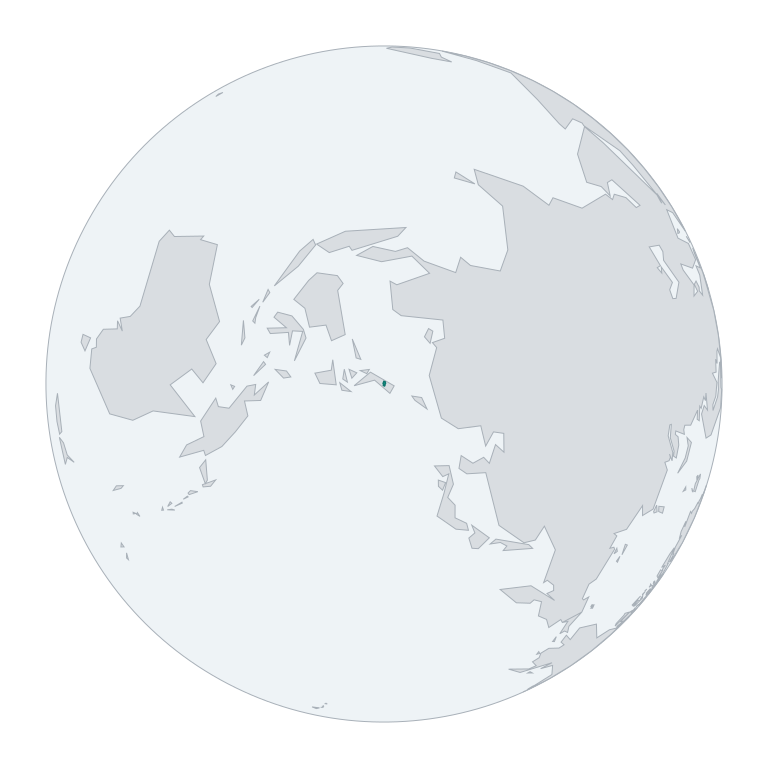 the Earth from above Ifugao, rotated 119°
{"feature_id": "PHL-2551", "entity_name": "Ifugao", "entity_type": "Province", "adm_level": 1, "iso_a3": "PHL", "parent_name": "Philippines", "parent_adm1": "", "projection": "orthographic", "projection_center": [121.298, 16.844], "detail": "fine", "context": "on_globe", "style": "filled", "palette": "teal", "viewbox_px": 768, "rotation_deg": 119, "n_neighbors": 0, "source": "natural_earth", "source_scale": "10m", "svg_char_len": 10544}
<svg xmlns="http://www.w3.org/2000/svg" viewBox="0 0 768 768"><g transform="rotate(119 384 384)"><circle cx="384" cy="384" r="338" fill="#eef3f6" stroke="#a8b0b8"/><path d="M661.5,522.4L661.1,524.5L660.8,524.9L661.5,522.4ZM582.7,110.7L582.9,110.8L556.7,96.3L548.4,100.1L557.0,109.0L546.3,101.9L570.3,125.1L573.0,136.8L563.0,119.2L556.6,114.3L555.0,119.4L548.1,115.6L543.4,116.3L535.3,111.7L530.1,102.9L524.8,100.1L523.9,104.0L515.3,102.7L517.3,97.2L502.5,94.6L491.0,81.8L502.9,74.8L489.7,67.7L483.8,61.3L477.5,59.6L471.2,57.5L468.8,56.9L493.0,64.2L516.7,73.2L539.6,84.0L561.7,96.6L582.7,110.7ZM454.3,53.5L454.5,53.6L450.6,52.9L445.0,51.8L446.1,51.8L454.3,53.5ZM701.3,290.4L698.5,283.4L700.7,285.8L701.3,290.4ZM696.4,280.6L697.5,282.7L696.6,281.2L696.4,280.6ZM695.5,280.5L696.2,280.6L695.7,281.3L695.5,280.5ZM694.6,281.4L695.0,280.6L695.0,281.0L694.6,281.4ZM692.1,280.4L691.3,280.0L691.4,278.5L692.1,280.4ZM585.9,113.0L584.4,111.9L583.6,111.4L585.9,113.0ZM576.1,107.4L573.4,105.2L581.6,110.4L580.6,110.0L576.1,107.4ZM564.8,116.8L564.8,114.1L567.1,118.2L564.8,116.8ZM544.2,117.2L546.3,119.4L543.0,118.9L544.2,117.2ZM527.5,111.7L521.4,110.8L526.7,110.1L527.5,111.7ZM517.2,109.2L502.5,108.1L506.1,112.4L487.6,100.4L506.3,104.8L512.3,103.0L512.5,106.3L517.2,109.2ZM457.0,54.1L462.2,55.3L457.0,54.1L456.5,53.9L457.0,54.1ZM461.7,55.3L484.8,62.3L482.9,62.7L475.5,59.9L477.2,62.0L464.9,58.7L461.2,56.8L464.9,57.0L457.4,55.7L461.7,55.3ZM479.8,94.4L475.5,93.2L479.0,92.9L479.8,94.4ZM449.5,52.7L454.3,53.8L453.0,54.1L443.1,52.1L446.7,52.6L449.5,52.7ZM483.7,64.5L481.0,64.8L470.2,62.1L467.7,62.0L464.4,58.7L483.7,64.5ZM444.1,52.0L438.0,51.2L433.5,50.2L444.7,51.8L444.1,52.0ZM456.9,55.2L455.8,55.4L453.1,54.5L456.9,55.2ZM414.1,47.4L419.9,48.0L419.7,48.1L414.1,47.4ZM436.1,51.0L437.7,51.4L438.2,51.7L433.4,51.1L436.1,51.0ZM457.1,57.3L453.2,56.3L457.9,58.4L450.0,57.0L449.3,55.2L446.3,55.4L443.9,55.0L446.0,54.2L457.1,57.3ZM430.3,51.5L426.6,49.8L415.8,48.2L415.7,48.0L433.1,50.5L430.3,51.5ZM439.3,53.1L433.7,51.9L436.4,51.8L441.9,52.5L439.3,53.1ZM445.0,56.8L457.2,59.4L457.0,59.8L445.0,56.8ZM426.6,51.0L427.6,51.5L425.5,50.9L426.6,51.0ZM438.7,54.9L443.1,55.6L442.7,56.0L438.7,54.9ZM425.9,52.2L424.7,51.4L428.4,51.7L425.9,52.2ZM431.3,53.4L429.7,53.8L430.4,52.3L433.3,53.6L431.3,53.4ZM437.6,55.1L438.8,55.6L435.9,54.8L437.6,55.1ZM412.5,52.0L412.5,50.0L420.7,50.5L419.6,52.1L412.5,52.0ZM101.8,198.1L104.2,194.7L94.2,214.6L94.5,221.2L113.9,197.6L113.5,185.9L124.2,171.7L133.1,170.3L135.1,182.6L139.3,177.6L147.1,160.8L156.8,155.5L150.9,154.6L146.4,160.9L142.7,161.0L146.5,155.4L149.7,153.4L151.8,148.4L135.7,160.6L129.4,168.4L129.1,163.7L118.6,176.6L115.3,180.0L131.6,159.6L137.1,153.9L159.6,131.4L179.3,115.2L200.2,100.5L199.3,101.0L214.8,91.9L215.2,92.0L206.0,97.1L197.8,102.3L191.5,109.4L194.0,108.7L204.6,102.6L201.5,106.0L212.6,99.3L215.3,102.0L221.2,93.6L233.8,87.9L242.5,86.4L247.7,83.4L233.5,86.0L226.9,88.7L219.5,93.1L202.3,101.0L201.7,100.4L223.7,87.6L225.2,85.9L241.7,78.1L270.0,73.3L275.2,76.1L256.3,91.7L247.6,93.5L250.0,88.4L235.8,98.0L242.7,94.8L240.2,98.1L251.5,94.8L250.3,97.1L263.3,90.5L263.0,93.0L254.8,97.1L271.3,95.8L274.2,100.9L278.6,99.7L282.4,96.9L283.6,106.0L286.8,104.8L287.6,101.2L294.5,96.6L307.0,92.5L306.7,95.8L302.1,97.7L292.1,107.6L280.0,113.1L281.2,114.2L291.6,110.3L303.9,98.2L311.5,94.8L306.9,100.3L309.2,98.0L312.9,97.5L316.3,100.4L321.9,94.5L363.0,88.0L373.7,94.1L365.0,98.9L393.5,101.4L403.3,110.3L404.0,106.7L418.2,106.8L415.3,103.8L416.7,102.2L451.7,103.8L459.7,107.7L475.6,106.4L476.1,104.8L471.0,101.7L487.6,100.4L506.1,112.4L504.3,115.2L517.1,121.8L511.1,127.7L512.0,136.5L498.0,140.7L500.0,148.1L504.9,149.9L511.2,162.2L507.4,182.8L489.2,157.6L490.6,129.9L488.2,139.9L482.4,135.5L477.7,138.1L476.5,146.0L480.3,148.1L446.0,153.7L430.6,174.8L447.1,176.0L455.0,184.6L451.9,214.9L412.2,252.0L422.4,268.0L421.5,277.5L409.2,281.8L410.2,267.8L399.8,261.3L402.3,253.4L382.9,257.1L385.5,246.0L369.1,255.3L372.8,265.0L389.0,265.0L373.6,279.1L387.1,297.4L386.0,317.3L354.6,348.6L326.6,355.6L324.3,361.7L314.6,353.1L299.5,363.5L315.9,402.1L314.6,412.4L291.1,428.6L291.0,420.9L265.1,397.8L258.6,421.6L278.2,445.4L284.8,470.3L269.1,460.4L262.5,438.3L253.4,429.5L257.1,408.5L251.8,375.3L236.0,378.4L238.4,365.8L228.8,337.1L206.7,340.7L170.9,366.5L164.0,398.1L152.5,409.2L143.5,358.2L147.7,326.4L139.2,326.5L134.2,296.0L110.6,282.3L111.9,273.5L106.4,274.6L103.7,262.8L107.4,248.9L103.6,246.7L94.9,283.7L99.5,286.3L109.8,277.4L106.0,289.7L109.3,304.5L89.1,326.2L61.7,333.4L66.8,309.1L86.3,236.9L90.1,230.9L90.5,230.1L91.2,228.7L85.0,237.9L91.0,224.7L72.2,271.7L65.6,290.8L61.2,334.5L59.7,337.2L60.6,347.6L73.1,349.1L71.4,356.8L60.8,387.8L50.4,423.8L56.3,459.8L63.1,488.1L64.7,494.6L57.7,471.9L52.3,448.7L48.6,425.2L46.5,401.5L46.1,377.7L47.4,353.9L50.4,330.3L55.0,306.9L61.2,283.9L69.1,261.5L78.5,239.6L89.4,218.5L101.8,198.1ZM144.3,145.8L132.2,158.8L134.9,155.6L132.9,157.9L144.3,145.8ZM129.2,210.6L135.5,218.5L146.5,199.6L149.8,201.4L152.3,194.8L147.2,198.3L155.3,181.0L163.1,179.8L169.3,172.8L167.5,170.0L152.0,175.4L140.3,199.4L133.0,204.3L129.2,210.6ZM440.2,50.8L437.9,50.5L431.5,49.7L427.0,49.1L430.2,49.3L421.9,48.4L423.1,48.3L416.8,47.7L415.0,47.5L440.2,50.8ZM322.3,51.8L315.9,53.0L317.8,52.6L322.3,51.8ZM378.2,46.1L383.8,46.4L397.9,46.9L400.7,47.4L394.4,47.2L401.6,48.0L391.6,48.2L393.4,48.8L385.3,50.1L372.0,50.2L375.0,51.0L369.0,52.6L357.7,53.4L363.3,51.7L346.9,54.1L348.0,52.3L346.0,52.7L342.5,51.9L334.9,52.0L336.9,51.3L333.1,51.7L330.7,51.6L326.0,52.1L328.1,51.2L322.6,52.0L326.8,51.2L316.7,52.9L325.1,51.3L322.9,51.6L350.5,47.7L378.2,46.1ZM409.9,52.2L393.7,51.6L386.4,50.7L403.6,48.9L403.3,48.4L414.1,48.2L424.5,49.9L420.4,49.6L418.9,49.9L416.3,49.3L417.3,50.0L411.8,49.9L411.1,50.6L406.0,50.1L409.9,52.2ZM205.9,97.4L205.8,97.8L203.1,99.5L200.1,101.1L205.9,97.4ZM309.2,63.6L313.6,61.9L315.2,62.0L327.3,59.6L327.4,61.3L320.2,63.4L309.2,63.6ZM109.9,199.9L105.9,202.8L107.6,199.4L108.6,199.0L109.9,199.9ZM112.0,184.7L108.3,191.3L110.7,186.4L112.0,184.7ZM311.4,65.1L316.4,63.7L313.4,65.5L311.4,65.1ZM328.2,62.5L325.8,64.3L328.8,61.2L328.2,62.5ZM207.1,666.2L214.1,670.5L210.7,669.4L207.1,666.2ZM76.0,500.0L89.2,544.6L85.3,540.2L77.6,524.3L68.0,495.7L70.3,492.3L69.5,480.9L76.0,500.0ZM370.4,534.2L381.0,536.4L380.6,537.8L370.4,534.2ZM359.4,528.2L371.3,529.7L357.5,531.2L359.4,528.2ZM376.0,530.3L388.1,528.4L393.4,526.4L392.5,529.4L376.0,530.3ZM351.4,527.5L308.6,522.2L291.9,516.1L295.6,511.2L322.6,516.1L351.4,527.5ZM294.3,510.8L269.1,491.8L236.5,440.7L248.1,443.6L282.6,476.8L280.4,481.2L295.6,495.6L294.3,510.8ZM356.1,489.9L353.7,503.9L329.9,500.1L319.2,496.5L311.8,477.3L315.9,468.5L324.6,469.9L359.6,441.9L371.6,450.9L360.6,463.3L370.4,476.7L356.1,489.9ZM164.9,401.5L169.7,422.4L163.7,423.9L164.9,401.5ZM374.7,421.0L360.0,433.6L373.7,416.2L374.7,421.0ZM383.3,404.1L383.8,411.3L378.4,403.9L383.3,404.1ZM323.1,371.5L313.9,371.9L314.1,366.9L326.1,363.4L323.1,371.5ZM385.0,334.3L383.3,349.0L381.0,353.8L377.6,344.5L385.0,334.3ZM319.7,83.9L302.7,84.7L290.6,87.9L283.9,93.0L286.1,86.8L304.7,81.9L319.7,83.9ZM357.7,86.8L363.4,83.2L365.9,85.3L364.9,86.3L357.7,86.8ZM357.7,84.3L355.6,79.4L362.0,77.8L362.4,81.9L357.7,84.3ZM332.8,70.3L327.7,70.2L330.3,68.7L332.8,70.3ZM581.8,642.7L585.1,643.4L575.4,651.8L562.3,660.7L550.4,665.1L581.8,642.7ZM486.5,671.3L485.9,663.0L500.0,661.6L494.3,669.2L486.5,671.3ZM590.9,635.7L599.6,626.7L602.7,617.0L601.8,625.4L608.8,623.7L588.0,642.1L590.9,635.7ZM434.2,635.2L368.2,649.8L353.5,646.3L356.6,638.8L342.0,613.4L346.7,614.4L342.9,597.3L381.5,585.1L409.1,558.1L431.3,561.1L447.6,540.7L470.7,542.9L464.1,559.4L488.4,570.6L504.2,533.6L519.5,572.9L537.5,586.1L543.1,609.4L512.9,648.8L495.0,656.6L491.3,653.4L484.0,657.3L472.2,656.0L465.1,644.0L457.9,647.7L464.6,638.5L454.3,646.7L447.9,638.7L434.2,635.2ZM599.3,562.7L602.8,563.4L608.4,569.2L602.8,568.7L599.3,562.7ZM652.5,532.4L654.1,535.1L650.4,536.7L652.5,532.4ZM660.8,524.9L656.5,527.3L661.5,522.4L660.8,524.9ZM617.5,538.1L619.2,540.3L617.8,541.3L617.5,538.1ZM616.0,537.4L618.1,533.3L617.9,537.2L616.0,537.4ZM599.1,518.0L601.2,515.7L602.2,517.2L599.1,518.0ZM396.5,537.8L411.1,528.0L419.2,527.6L396.5,537.8ZM596.0,513.8L590.7,513.9L591.2,511.7L596.0,513.8ZM596.3,508.8L595.7,505.8L599.1,512.6L596.3,508.8ZM586.0,502.7L592.6,507.7L585.3,503.4L586.0,502.7ZM582.1,503.7L577.4,501.6L577.7,500.6L582.1,503.7ZM529.4,509.5L547.0,527.3L533.0,527.1L517.3,516.0L505.3,526.4L477.9,524.3L484.1,517.9L480.3,507.8L452.3,502.8L446.6,496.0L456.5,492.1L438.1,485.9L458.2,483.9L466.5,497.8L477.9,487.6L497.8,490.8L517.3,495.5L533.1,505.5L529.4,509.5ZM458.5,513.5L462.0,513.7L459.0,517.6L458.5,513.5ZM568.4,494.6L575.2,500.8L574.4,502.5L571.1,501.6L568.4,494.6ZM536.7,503.2L553.7,491.9L557.8,492.0L546.5,504.8L536.7,503.2ZM549.5,484.7L557.5,486.1L561.7,492.3L560.1,494.0L549.5,484.7ZM417.5,498.9L416.8,502.6L411.6,499.4L417.5,498.9ZM424.2,497.1L439.9,502.1L422.8,500.2L424.2,497.1ZM377.4,480.6L381.9,489.8L396.0,485.3L385.2,492.6L395.0,507.9L391.8,513.2L382.1,496.6L378.9,512.6L372.7,511.8L369.1,497.5L375.3,481.0L381.6,474.5L407.2,473.6L377.4,480.6ZM424.0,486.3L419.9,475.6L423.0,468.9L427.5,474.7L424.0,486.3ZM408.0,449.7L397.5,436.8L387.6,440.6L407.9,425.4L414.6,440.3L408.0,449.7ZM399.6,422.5L390.3,425.9L400.1,416.9L399.6,422.5ZM388.1,421.7L387.4,413.2L394.5,414.9L388.1,421.7ZM404.3,423.3L406.6,409.2L409.9,417.8L404.3,423.3ZM385.2,394.1L400.0,409.3L380.2,401.6L380.7,374.2L389.3,374.3L385.2,394.1ZM441.7,289.9L440.4,282.3L448.5,281.3L447.1,286.8L441.7,289.9ZM473.8,273.6L450.3,278.6L431.2,283.8L436.5,287.7L431.2,300.1L423.8,287.5L438.0,274.7L452.3,273.3L455.5,263.1L466.6,257.0L465.8,244.2L471.0,239.2L476.1,250.7L473.8,273.6ZM464.9,238.8L467.5,217.3L482.3,221.7L485.0,227.4L477.6,235.1L470.2,232.3L464.9,238.8ZM472.5,213.6L465.4,210.9L454.3,179.5L455.7,174.3L471.9,199.0L466.1,198.0L466.2,205.4L472.5,213.6ZM476.2,95.1L475.5,93.4L478.8,95.2L476.2,95.1ZM414.8,100.7L417.3,98.8L421.0,100.5L414.8,100.7ZM426.3,94.8L420.3,94.1L426.7,93.4L426.3,94.8ZM406.9,93.1L418.0,93.1L407.2,95.2L406.9,93.1Z" fill="#d9dde1" stroke="#a8b0b8" stroke-width="1"/><path d="M385.5,382.6L385.6,382.9L385.6,383.0L385.5,383.6L385.4,383.7L385.3,383.9L385.3,384.0L385.2,384.0L384.9,384.1L384.7,384.1L384.4,384.3L384.2,384.4L384.2,384.5L384.1,384.8L384.0,385.0L383.9,385.1L383.7,385.1L381.8,385.4L381.7,385.1L381.7,384.7L381.6,384.3L381.5,384.0L381.6,383.9L381.8,384.0L382.0,383.9L382.1,383.6L382.2,383.4L382.4,383.2L382.6,383.0L382.9,383.0L383.4,383.0L383.6,383.0L384.1,382.8L384.4,382.6L384.8,382.6L385.1,382.5L385.5,382.6Z" fill="#14b8a6" stroke="#0f766e" stroke-width="1.5"/></g></svg>